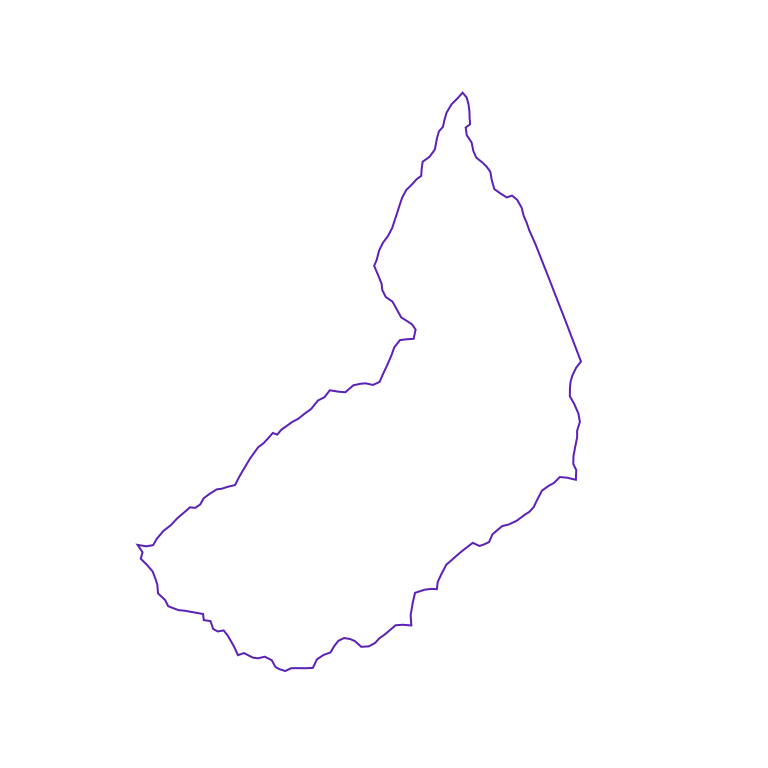 Parapuã, São Paulo, Brazil (Equal Earth projection), rotated 12°
{"feature_id": "56859067B12520903769372", "entity_name": "Parapuã", "entity_type": "district", "adm_level": 2, "iso_a3": "BRA", "parent_name": "Brazil", "parent_adm1": "São Paulo", "projection": "equal_earth", "projection_center": [-50.833, -21.829], "detail": "fine", "context": "isolated", "style": "outline", "palette": "violet", "viewbox_px": 768, "rotation_deg": 12, "n_neighbors": 0, "source": "geoboundaries", "source_scale": "gbopen_adm2", "svg_char_len": 2667}
<svg xmlns="http://www.w3.org/2000/svg" viewBox="0 0 768 768"><g transform="rotate(12 384 384)"><path d="M542.3,490.1L548.5,483.0L552.6,479.0L556.2,472.9L557.6,466.5L560.7,455.4L566.3,449.3L570.7,445.6L575.3,438.5L582.2,437.6L591.6,437.8L589.9,428.1L585.8,423.0L584.3,415.0L584.1,407.1L584.0,396.0L582.6,389.6L583.5,380.3L580.3,372.5L574.0,363.7L568.3,357.3L566.7,349.1L566.0,342.7L566.5,336.4L568.6,328.0L572.0,321.1L547.4,283.0L530.8,257.8L526.2,250.7L503.1,215.8L494.1,203.4L490.1,196.7L485.5,190.2L482.1,183.1L475.8,176.0L470.0,173.1L465.2,176.0L457.6,173.1L451.4,170.4L447.1,162.3L443.8,154.2L439.0,149.9L433.8,146.7L427.2,143.4L423.0,137.6L419.5,129.6L413.2,123.4L410.6,116.1L414.2,112.0L412.3,105.5L410.6,98.6L408.3,92.4L405.3,86.6L400.3,82.7L396.2,89.8L392.0,96.2L388.8,105.5L388.2,113.3L388.2,120.1L385.2,125.5L384.7,132.5L385.0,144.1L381.2,152.5L375.6,158.5L376.1,165.6L377.1,172.7L373.4,176.8L369.7,183.2L365.4,189.7L363.0,198.1L362.0,206.5L361.2,214.9L360.3,222.9L359.6,229.6L357.2,238.2L353.5,246.2L351.4,254.8L351.1,263.8L349.8,270.5L355.1,278.0L360.8,286.4L362.8,292.5L367.6,298.5L375.2,301.7L381.2,308.6L387.0,315.3L392.8,317.4L399.0,319.8L403.6,324.2L403.6,333.6L396.7,335.6L390.5,337.7L386.4,346.1L385.4,353.9L383.4,364.0L381.2,373.4L379.2,382.9L373.4,387.2L365.7,387.2L360.9,388.7L354.3,391.6L347.9,400.1L341.0,401.0L332.3,401.4L328.6,409.2L322.8,413.9L317.9,423.6L312.6,429.4L307.3,435.9L301.8,440.5L297.5,445.3L293.2,449.9L290.1,455.7L285.4,455.0L282.4,460.4L278.4,467.1L274.1,471.9L271.6,477.6L268.5,484.7L264.1,497.5L261.5,505.6L259.3,513.8L252.4,517.1L247.2,520.1L242.4,521.8L236.7,527.2L231.4,533.2L229.3,540.0L225.1,544.4L219.8,545.0L215.3,551.1L210.0,557.9L204.9,566.3L198.7,573.7L194.0,582.5L191.7,589.6L185.2,592.2L176.4,592.6L182.8,598.8L182.4,605.5L189.7,610.2L196.7,615.5L200.9,622.0L204.0,627.4L206.5,635.8L214.8,640.8L219.1,646.2L225.0,647.2L230.1,647.9L236.2,647.2L248.4,646.8L254.8,646.6L256.8,652.4L263.6,652.0L267.8,659.1L272.9,660.6L278.4,658.4L283.9,663.0L292.4,672.6L297.5,679.6L303.0,676.3L312.6,678.9L317.9,678.5L324.1,675.5L331.7,677.6L336.7,683.4L341.2,684.7L347.0,685.3L352.3,681.3L358.5,679.9L365.7,678.5L373.4,676.5L375.7,667.2L381.1,661.7L387.5,657.6L389.8,650.7L392.8,644.6L397.8,640.8L403.8,640.5L408.9,641.5L416.4,645.8L423.6,643.8L429.1,639.2L432.3,633.7L436.7,629.0L440.3,624.4L445.5,617.6L452.3,615.6L460.9,614.5L458.1,604.4L457.6,591.0L457.8,581.8L466.6,576.7L473.2,574.5L478.4,573.7L477.7,566.6L479.5,558.6L482.5,547.8L487.2,541.6L491.0,536.4L495.8,530.3L503.9,520.9L511.1,522.6L515.2,520.1L519.6,516.8L521.4,508.4L529.0,498.5L535.2,495.5L542.3,490.1Z" fill="none" stroke="#5b21b6" stroke-width="2"/></g></svg>